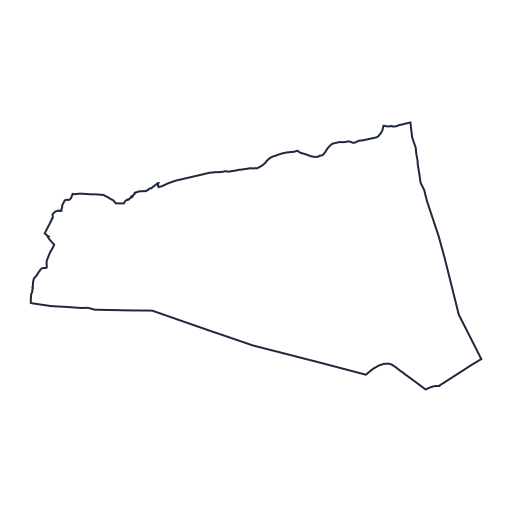 the district of Xalatlaco, México, Mexico
{"feature_id": "50627088B62914317487686", "entity_name": "Xalatlaco", "entity_type": "district", "adm_level": 2, "iso_a3": "MEX", "parent_name": "Mexico", "parent_adm1": "México", "projection": "natural_earth1", "projection_center": [-99.395, 19.166], "detail": "fine", "context": "isolated", "style": "outline", "palette": "slate", "viewbox_px": 512, "rotation_deg": 0, "n_neighbors": 0, "source": "geoboundaries", "source_scale": "gbopen_adm2", "svg_char_len": 5781}
<svg xmlns="http://www.w3.org/2000/svg" viewBox="0 0 512 512"><path d="M410.4,122.5L409.6,122.7L408.4,122.9L406.5,123.4L404.5,123.8L402.8,124.4L401.2,124.7L400.1,124.8L399.0,125.1L398.5,125.3L397.5,125.9L396.0,126.3L394.3,126.5L392.9,126.5L391.6,125.9L390.8,126.3L389.9,126.3L387.7,126.4L385.7,126.2L384.5,125.8L384.0,125.7L383.5,125.8L383.4,126.1L383.2,126.8L382.8,128.5L382.4,130.5L381.3,132.4L380.0,134.2L378.2,136.4L376.0,137.5L374.2,137.9L371.9,138.4L368.0,139.2L363.7,140.2L361.4,140.5L360.0,140.5L358.3,140.9L356.9,141.7L355.3,142.5L353.2,142.8L351.7,142.3L350.1,141.7L348.6,141.4L346.6,141.7L344.5,142.1L342.8,142.2L339.7,142.0L336.7,142.7L334.1,143.3L332.5,143.7L331.2,144.6L329.7,146.0L327.9,147.9L325.3,151.9L323.7,154.1L322.7,155.0L321.7,155.4L320.6,155.7L320.0,155.7L319.6,155.7L318.6,156.5L317.3,156.9L315.2,156.9L313.3,156.7L311.5,156.4L309.7,155.8L308.0,155.2L305.8,154.3L303.4,153.6L300.7,152.9L299.0,151.9L297.4,150.7L295.0,151.5L293.2,151.9L292.4,152.0L291.5,152.0L289.9,152.1L288.9,152.3L287.9,152.4L286.4,152.5L285.6,152.7L284.9,152.9L283.2,153.2L281.8,153.5L280.9,153.8L279.8,154.2L278.7,154.4L277.9,154.8L277.0,155.2L276.2,155.6L274.9,155.9L274.0,156.1L273.1,156.5L272.2,156.8L271.1,157.4L270.0,158.0L268.9,158.9L267.7,159.9L266.6,161.1L266.0,161.9L265.3,162.8L264.7,163.4L264.0,163.9L263.5,164.5L262.7,165.0L262.1,165.5L261.1,166.1L259.9,166.9L259.2,167.2L258.2,167.7L256.7,168.4L256.1,168.2L255.2,168.2L254.4,168.3L253.4,168.4L252.7,168.4L252.0,168.3L251.2,168.3L250.2,168.4L249.5,168.2L248.6,168.5L246.9,168.8L245.8,169.0L244.7,169.1L243.7,169.2L242.8,169.4L241.8,169.6L240.8,169.7L239.9,169.7L238.7,169.9L237.5,170.1L236.6,170.3L235.6,170.6L234.6,170.7L233.3,170.9L232.5,171.0L231.9,171.0L231.0,171.3L229.9,171.6L228.7,171.6L227.6,171.5L226.7,171.4L225.9,171.3L225.1,171.2L224.3,171.4L223.6,171.6L222.8,171.8L221.8,171.9L220.5,172.0L218.7,172.1L217.0,172.2L216.5,172.2L215.6,172.1L212.2,172.6L210.6,172.7L209.6,172.7L208.7,173.0L206.8,173.4L175.8,180.6L173.5,181.4L171.5,182.1L169.0,183.0L167.2,183.7L164.5,185.0L162.2,186.1L159.6,186.8L158.6,187.1L158.5,186.8L158.2,186.3L158.0,185.7L158.1,184.2L158.5,183.0L158.3,183.0L157.9,183.1L156.3,184.3L154.6,185.7L154.3,185.9L153.8,186.2L153.6,186.4L152.6,187.1L151.8,187.9L151.5,188.3L151.2,188.4L150.2,188.4L149.6,188.5L149.1,188.8L148.8,189.1L148.7,189.2L148.5,189.4L148.3,189.6L148.1,189.9L147.9,190.1L147.7,190.2L147.4,190.3L147.1,190.4L146.8,190.5L146.7,190.6L146.2,190.7L146.0,190.8L145.9,190.9L145.8,191.1L144.5,191.1L143.1,191.2L142.8,191.2L142.7,191.2L141.6,191.2L141.3,191.2L141.1,191.3L140.5,191.3L140.2,191.3L139.4,191.3L138.6,191.6L137.6,192.0L136.9,192.1L135.9,192.4L134.9,192.7L134.7,192.8L134.5,193.4L134.3,193.9L134.5,193.9L133.8,194.7L133.3,195.1L132.7,195.6L132.1,196.0L132.8,196.2L132.7,196.4L132.4,196.8L132.1,197.0L131.7,197.2L131.4,197.3L131.2,197.6L130.9,197.6L130.7,197.6L130.4,197.8L130.1,198.4L129.7,198.6L129.2,198.9L128.8,199.2L128.4,199.2L128.4,199.7L127.6,199.9L126.6,200.1L126.2,200.3L125.8,200.6L125.6,200.8L125.2,201.3L124.4,202.4L123.9,203.4L122.6,203.4L120.3,203.4L117.5,203.4L117.0,203.4L116.0,203.4L115.1,202.6L113.9,201.1L113.0,200.1L112.7,200.0L111.8,199.6L110.7,199.0L109.5,198.3L108.3,197.5L106.6,196.6L105.4,196.1L104.9,195.9L104.1,195.3L103.7,195.0L101.8,194.8L100.7,194.8L99.8,194.7L99.2,194.6L96.6,194.4L94.6,194.3L91.2,194.3L90.0,194.3L89.2,194.2L85.3,193.9L83.4,193.8L81.5,193.7L79.4,193.7L78.2,193.8L75.1,194.1L74.0,194.1L73.5,194.1L72.7,193.9L72.1,195.3L71.7,196.5L71.3,197.4L70.7,198.5L70.2,199.1L69.2,199.8L68.5,200.0L67.8,199.9L67.1,199.7L65.7,200.1L64.7,200.4L64.1,201.6L63.4,203.1L62.7,204.5L62.2,205.2L62.1,206.4L62.2,207.2L61.9,208.2L61.3,209.3L61.5,210.2L61.5,210.8L59.4,211.1L58.9,210.7L58.7,210.5L56.3,211.2L55.7,211.4L54.2,212.5L53.4,213.3L52.9,214.0L52.5,214.7L52.8,216.1L52.6,218.2L51.8,218.6L51.7,219.5L51.6,219.9L44.7,233.4L45.3,234.0L45.6,234.3L46.4,234.8L46.5,234.9L46.6,235.1L46.9,235.3L47.0,235.4L47.7,235.9L48.1,236.2L48.4,236.4L48.6,236.5L48.3,236.7L48.1,236.8L47.9,237.0L48.2,237.4L49.2,238.9L49.2,239.0L49.5,239.4L50.8,240.9L52.0,242.4L52.2,242.5L54.0,244.4L54.2,244.6L54.0,245.0L52.7,247.9L51.9,249.3L50.8,251.1L49.9,252.9L48.9,255.3L48.7,255.7L47.7,258.2L46.7,260.9L46.7,261.3L46.6,262.7L46.6,264.3L46.7,265.8L46.8,266.8L46.7,267.2L46.6,267.6L46.3,267.8L45.8,268.0L45.2,268.0L44.1,268.0L43.4,268.0L42.6,268.1L41.8,268.5L41.4,268.7L40.4,269.7L40.0,270.2L39.7,270.9L39.0,271.7L37.4,274.0L37.1,274.9L35.1,277.4L34.4,277.8L33.9,278.6L33.6,279.4L33.4,280.6L33.0,282.4L32.9,284.0L33.0,285.0L32.9,285.4L32.8,285.6L32.7,285.8L32.7,286.0L32.8,286.2L32.9,286.4L32.8,286.6L32.6,286.9L32.4,287.3L32.5,287.5L32.8,288.1L32.9,288.3L32.6,288.8L32.5,289.4L32.4,289.6L32.3,289.9L32.2,290.1L32.3,290.3L32.4,290.9L32.3,291.1L32.3,291.4L32.1,292.2L31.8,292.9L31.4,293.3L31.2,294.3L31.2,295.0L31.0,295.8L31.0,296.7L31.0,297.7L30.8,298.8L30.8,299.5L30.9,300.3L30.7,301.4L30.7,302.2L30.8,302.9L32.2,303.3L51.1,306.1L67.7,307.0L81.1,308.0L87.9,307.8L94.9,309.7L128.4,310.4L152.1,310.6L181.8,321.0L210.0,330.8L232.0,338.3L252.7,345.4L270.5,350.0L286.3,354.0L303.0,358.3L319.9,362.6L340.4,368.0L360.9,373.4L365.9,374.7L371.3,370.2L373.1,368.9L374.4,368.0L376.0,367.2L377.3,366.4L378.7,365.6L381.1,364.8L383.0,364.1L384.9,363.8L386.8,363.7L388.6,363.7L390.2,364.1L391.4,364.4L393.3,365.6L395.6,367.1L397.1,368.3L398.6,369.5L401.2,371.5L402.5,372.2L403.7,373.2L405.7,374.8L411.1,378.7L425.7,389.5L426.5,389.1L427.7,388.5L429.3,387.8L431.0,387.1L433.0,386.5L434.3,386.2L436.1,386.0L439.5,386.0L440.0,385.2L464.8,369.3L472.2,364.5L481.3,359.1L471.5,339.7L458.8,314.7L444.9,259.0L438.7,236.4L427.1,201.5L424.2,190.1L420.6,182.8L419.4,174.5L417.7,164.0L417.6,160.7L416.3,154.0L415.7,147.7L412.1,137.2L410.4,122.5Z" fill="none" stroke="#1e293b" stroke-width="2"/></svg>